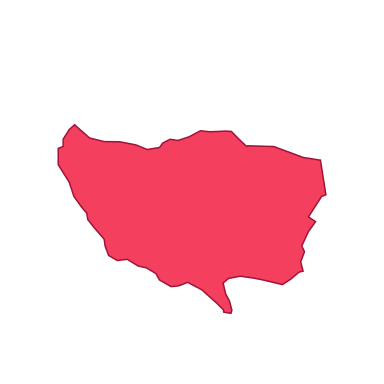 Askersund, Orebro, Sweden (Robinson projection), rotated 215°
{"feature_id": "70781695B5834456968412", "entity_name": "Askersund", "entity_type": "district", "adm_level": 2, "iso_a3": "SWE", "parent_name": "Sweden", "parent_adm1": "Orebro", "projection": "robinson", "projection_center": [14.979, 58.853], "detail": "fine", "context": "isolated", "style": "filled", "palette": "rose", "viewbox_px": 384, "rotation_deg": 215, "n_neighbors": 0, "source": "geoboundaries", "source_scale": "gbopen_adm2", "svg_char_len": 1035}
<svg xmlns="http://www.w3.org/2000/svg" viewBox="0 0 384 384"><g transform="rotate(215 192 192)"><path d="M326.7,179.9L328.4,172.8L327.8,161.3L323.7,155.4L326.6,151.0L317.2,137.6L298.4,129.7L286.1,120.6L273.8,116.3L266.1,114.3L261.5,109.6L252.1,106.8L236.8,102.9L232.1,97.8L223.9,92.2L214.0,93.0L206.4,99.7L193.5,100.5L185.9,103.7L174.7,104.5L168.3,101.3L154.8,102.5L149.0,107.6L143.7,115.5L127.9,117.5L107.9,115.1L98.6,113.5L97.1,111.8L90.5,114.9L91.5,118.0L98.8,124.2L106.1,127.9L114.3,135.3L112.5,142.1L104.2,150.7L93.2,156.3L85.0,160.0L75.8,163.7L64.8,168.0L61.1,177.3L58.3,187.8L55.6,190.9L62.9,197.1L65.6,207.6L71.1,210.7L73.9,226.2L73.8,238.6L82.3,238.4L83.3,262.7L80.7,266.5L105.1,291.8L105.3,291.6L120.9,284.0L151.0,276.2L172.9,261.8L173.2,260.6L184.3,262.3L194.5,264.2L199.8,260.9L205.2,256.7L212.1,251.5L220.2,247.0L226.1,235.5L233.1,226.1L240.1,222.7L244.1,215.3L244.1,209.9L253.1,201.1L265.0,198.4L280.0,191.7L292.9,182.9L306.9,177.5L326.1,179.6L326.7,179.9Z" fill="#f43f5e" stroke="#9f1239" stroke-width="1.5"/></g></svg>